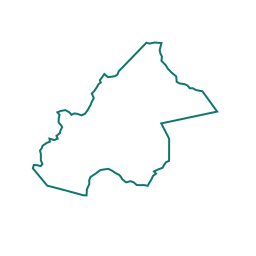 outline of Jacuípe, Alagoas, Brazil, rotated 300°
{"feature_id": "56859067B28231975677690", "entity_name": "Jacuípe", "entity_type": "district", "adm_level": 2, "iso_a3": "BRA", "parent_name": "Brazil", "parent_adm1": "Alagoas", "projection": "mercator", "projection_center": [-35.457, -8.891], "detail": "fine", "context": "isolated", "style": "outline", "palette": "teal", "viewbox_px": 256, "rotation_deg": 300, "n_neighbors": 0, "source": "geoboundaries", "source_scale": "gbopen_adm2", "svg_char_len": 1395}
<svg xmlns="http://www.w3.org/2000/svg" viewBox="0 0 256 256"><g transform="rotate(300 128 128)"><path d="M45.5,65.8L37.7,86.9L41.6,101.0L46.6,119.8L47.4,123.0L48.9,125.8L54.2,123.1L60.2,122.5L63.2,120.6L66.6,120.0L69.2,121.2L72.3,122.8L74.7,123.7L77.7,125.1L79.6,127.3L82.8,131.5L83.1,135.4L82.7,140.1L83.0,143.2L82.4,145.7L80.7,148.8L80.0,153.5L83.2,156.8L83.8,160.0L83.0,164.0L84.3,166.7L86.6,170.4L87.8,174.0L90.9,173.9L95.3,174.0L98.9,173.6L102.5,175.1L103.4,172.2L107.4,175.0L110.8,177.8L114.4,177.7L117.3,178.0L120.1,180.0L139.3,169.0L148.6,154.5L186.8,197.0L197.0,174.1L194.9,168.0L194.8,164.2L193.3,161.6L194.6,158.3L194.2,154.7L192.4,150.6L192.3,147.1L196.8,144.0L197.8,137.9L199.3,132.9L201.3,129.1L202.9,123.4L206.9,121.6L208.6,119.0L211.1,116.6L214.7,115.5L218.3,114.5L215.4,108.4L211.9,104.5L211.0,101.3L172.5,91.6L168.7,92.1L166.2,90.6L162.0,85.3L162.9,80.5L158.8,80.2L155.4,79.7L153.7,81.7L151.3,80.6L147.8,80.6L143.3,80.3L139.8,79.4L136.8,83.4L132.1,83.6L129.1,84.1L126.5,84.1L122.8,84.1L118.8,83.6L115.7,81.4L114.9,77.0L113.8,74.3L111.1,72.4L112.3,69.3L112.2,64.9L109.3,61.4L106.3,59.0L105.2,62.1L101.8,63.1L98.1,65.2L97.0,68.4L95.8,70.6L92.3,70.7L89.8,71.6L85.4,70.0L83.7,72.4L80.7,70.2L79.5,65.3L77.1,67.2L74.5,65.1L70.0,62.9L67.2,63.4L64.4,63.1L62.1,65.4L56.4,68.7L54.0,71.9L51.3,71.4L50.3,67.7L48.8,64.9L45.5,65.8Z" fill="none" stroke="#0f766e" stroke-width="2"/></g></svg>